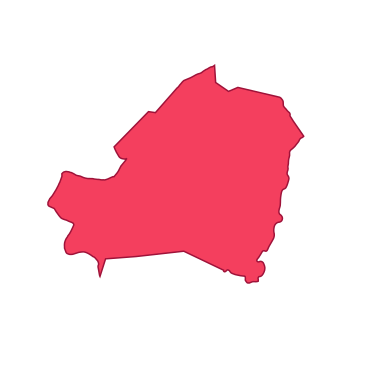 Camasca, Intibucá, Honduras, rotated 132°
{"feature_id": "27666195B75939641956291", "entity_name": "Camasca", "entity_type": "district", "adm_level": 2, "iso_a3": "HND", "parent_name": "Honduras", "parent_adm1": "Intibucá", "projection": "orthographic", "projection_center": [-88.382, 14.0], "detail": "fine", "context": "isolated", "style": "filled", "palette": "rose", "viewbox_px": 384, "rotation_deg": 132, "n_neighbors": 0, "source": "geoboundaries", "source_scale": "gbopen_adm2", "svg_char_len": 5946}
<svg xmlns="http://www.w3.org/2000/svg" viewBox="0 0 384 384"><g transform="rotate(132 192 192)"><path d="M75.8,146.3L71.5,164.4L70.5,167.8L70.2,169.1L69.7,170.3L68.5,171.2L67.9,172.5L67.9,174.6L67.8,175.9L67.5,177.4L67.4,178.9L67.2,180.4L66.9,181.5L66.4,182.2L64.0,184.6L63.7,185.0L63.2,186.0L63.0,187.0L62.7,188.5L62.8,189.3L62.9,190.2L83.6,227.9L92.8,232.2L94.8,247.7L82.8,260.0L83.9,260.2L84.3,260.3L84.8,260.5L85.4,260.8L86.4,261.6L86.8,261.8L88.4,262.4L90.3,262.9L91.7,263.6L94.6,264.4L96.9,264.8L97.7,265.1L98.6,265.5L100.3,266.6L101.4,267.1L102.3,267.5L105.3,268.5L108.0,269.5L113.7,272.2L114.6,272.6L115.3,272.7L116.5,272.8L119.4,272.7L120.7,272.7L122.6,272.5L123.4,272.5L124.7,272.7L157.5,272.3L161.4,278.1L210.6,280.1L211.7,277.9L213.0,274.8L214.4,270.4L214.6,269.6L214.7,268.9L214.6,268.4L214.5,267.6L214.2,266.7L213.9,266.1L212.2,263.5L212.0,263.4L211.8,263.3L211.6,263.3L211.4,263.3L211.2,263.2L211.2,262.8L211.5,262.7L213.0,262.5L219.7,262.2L220.2,262.2L225.8,260.7L226.4,260.6L228.0,260.4L232.7,260.2L232.9,260.2L233.0,260.3L233.2,260.7L233.5,261.0L235.4,261.9L238.7,263.3L239.6,263.8L240.6,264.4L241.1,264.7L241.7,265.2L241.9,265.5L242.2,265.9L242.4,266.2L243.0,266.7L243.3,267.1L243.8,267.7L244.5,268.9L244.9,269.5L245.9,270.7L246.9,272.1L247.8,273.4L248.5,274.7L250.8,277.4L251.7,278.4L252.4,279.5L253.0,280.5L253.4,281.3L253.8,282.1L254.3,283.6L254.9,285.4L255.2,286.0L255.6,286.7L256.1,287.5L256.4,288.0L257.0,289.2L257.2,289.9L257.4,291.3L257.6,292.1L258.0,293.7L258.2,294.3L258.4,294.8L258.6,295.2L258.9,295.6L259.1,295.8L259.1,296.0L259.2,296.5L259.3,296.8L260.1,298.0L260.9,299.2L261.2,299.5L261.6,299.8L262.4,300.3L263.1,300.7L263.5,300.8L264.4,300.9L265.0,300.9L265.6,300.9L266.3,300.1L266.9,299.6L267.2,299.3L267.7,299.0L273.1,296.8L274.7,296.4L276.7,295.7L278.7,295.2L281.0,294.6L283.2,294.2L284.8,293.9L286.5,293.6L288.1,293.3L292.1,293.2L296.0,292.1L296.5,291.7L297.2,291.1L297.8,290.6L298.0,290.1L298.2,289.6L298.2,288.9L298.1,288.4L296.6,283.8L296.5,283.5L296.5,283.2L296.7,282.4L297.1,281.1L297.5,279.8L298.4,275.7L298.7,274.1L298.8,273.2L298.9,272.5L298.9,271.9L298.8,271.1L298.5,270.1L297.9,268.5L296.9,266.4L296.7,265.7L296.1,263.7L295.2,261.4L295.0,260.8L294.7,259.6L294.8,259.4L294.9,259.2L294.9,258.8L295.0,258.5L295.2,258.2L295.4,258.0L295.5,257.9L295.8,257.7L298.6,256.8L301.6,255.9L302.7,255.6L305.1,255.1L306.1,255.0L307.6,254.9L308.9,254.5L310.1,254.4L311.2,254.2L312.5,253.8L313.9,253.2L315.1,252.6L316.3,251.7L316.8,251.3L318.1,250.0L319.0,249.2L319.2,248.9L319.8,247.7L320.9,245.7L321.2,244.9L321.3,244.4L321.3,243.8L321.1,243.1L320.8,242.4L320.5,241.6L320.0,240.9L319.4,240.2L318.5,239.3L317.5,238.6L312.7,235.8L312.3,235.5L311.0,234.4L309.9,233.4L309.2,232.7L308.7,232.0L308.2,231.1L307.7,229.9L307.4,229.0L307.1,228.0L306.9,227.1L306.6,225.5L306.4,224.1L306.3,222.6L306.0,221.7L305.8,220.8L305.8,220.3L305.8,219.8L306.1,217.7L306.3,216.0L306.5,215.5L306.9,214.7L307.5,213.8L307.9,213.3L308.2,213.1L308.6,212.8L309.3,212.6L309.6,212.4L310.2,212.0L310.7,211.5L312.6,209.0L315.2,205.7L316.0,204.6L316.3,203.9L299.5,211.5L277.5,190.5L241.5,158.5L229.0,116.2L229.3,115.9L229.6,115.6L229.7,115.1L229.6,114.7L229.4,114.3L228.9,114.0L228.4,113.9L227.5,113.7L226.7,113.7L226.4,113.7L226.1,113.5L225.9,113.2L225.7,112.8L225.6,112.4L225.5,111.7L225.5,111.3L225.7,110.6L225.8,110.1L225.9,109.3L225.9,108.7L225.6,107.6L224.6,105.0L224.2,104.2L221.9,100.2L221.2,99.2L220.0,97.5L219.5,96.8L219.3,96.4L219.3,96.1L219.3,95.9L219.5,95.6L220.4,94.6L221.4,93.8L221.8,93.4L222.0,93.1L222.2,92.3L222.4,91.3L222.5,90.5L222.5,90.1L222.4,89.9L222.1,89.5L221.9,89.2L221.5,88.8L221.1,88.4L220.2,88.0L218.9,87.4L218.4,87.1L217.9,86.8L217.1,85.9L216.0,84.6L215.6,84.2L214.9,83.6L214.0,83.1L213.1,83.8L211.9,85.2L211.4,85.5L211.0,85.6L210.6,85.7L210.1,85.6L209.9,85.4L209.4,85.0L209.1,84.8L208.6,84.5L208.2,84.4L207.7,84.3L207.2,84.2L205.8,84.3L205.1,84.4L204.1,84.7L203.1,85.0L202.2,85.4L201.5,85.7L200.8,86.2L200.1,86.7L199.6,87.1L198.8,88.1L198.3,88.8L197.9,89.6L197.5,90.3L197.2,91.1L196.9,91.8L196.9,92.3L196.9,92.8L197.0,93.4L197.2,93.9L197.4,94.3L197.7,94.7L198.1,95.0L198.5,95.3L199.1,95.5L199.3,95.7L199.6,96.0L199.8,96.4L199.9,97.0L199.9,97.3L199.8,97.6L199.5,98.1L199.2,98.3L198.9,98.4L198.6,98.5L197.8,98.6L195.8,98.7L194.8,98.9L192.9,99.2L190.4,99.7L189.3,99.9L188.7,99.9L188.4,99.8L188.1,99.7L187.8,99.5L187.5,99.3L187.2,98.8L187.0,98.1L186.8,97.9L186.7,97.7L186.4,97.4L186.1,97.2L185.7,97.1L185.4,97.1L185.1,97.1L184.2,97.3L182.1,98.0L181.1,98.3L179.3,98.7L175.5,99.5L172.5,100.2L171.8,100.4L171.1,100.7L170.0,101.3L169.4,101.7L168.8,102.2L168.0,103.0L167.2,104.1L166.6,104.8L165.9,105.5L165.1,106.2L164.1,106.9L163.1,107.5L162.1,108.0L161.3,108.3L160.5,108.4L159.8,108.5L159.0,108.4L158.2,108.3L157.5,108.0L156.9,107.7L156.4,107.3L155.8,106.8L155.4,106.6L154.8,106.3L154.3,106.2L153.7,106.1L153.1,106.2L152.5,106.3L151.9,106.6L151.4,106.9L150.8,107.4L150.5,107.9L150.1,108.5L149.9,109.2L149.8,109.8L149.7,110.3L149.8,111.6L149.8,112.1L149.6,112.6L149.4,113.1L149.1,113.6L148.7,114.1L148.2,114.5L147.4,115.1L146.4,115.7L143.9,116.9L142.9,117.5L142.0,118.2L140.4,119.5L138.2,121.4L136.2,122.9L134.1,124.3L133.1,124.9L132.2,125.4L131.3,125.8L130.7,126.0L130.2,126.1L129.7,126.1L129.2,126.0L128.7,125.9L127.7,125.4L127.1,125.2L126.4,125.1L125.6,125.2L123.6,125.8L121.7,126.6L119.4,127.7L117.5,128.7L117.0,129.1L116.8,129.3L116.3,130.0L115.9,130.7L115.6,131.9L115.4,132.6L114.9,133.4L114.3,134.0L113.7,134.4L113.1,134.7L112.4,135.1L111.6,135.4L111.0,135.8L110.2,136.4L109.3,137.5L108.8,137.9L106.5,139.3L105.7,140.0L104.2,141.2L103.2,141.9L102.5,142.3L100.5,143.4L99.7,143.8L98.8,144.6L97.5,145.8L97.2,146.1L96.8,146.3L95.9,146.6L95.4,146.7L94.8,146.7L94.1,146.6L92.1,146.3L90.8,146.2L89.2,146.1L86.8,146.3L84.7,146.4L83.5,146.5L82.8,146.6L81.9,146.9L81.2,147.1L80.7,147.2L80.2,147.2L79.6,147.2L79.1,147.1L77.9,146.6L77.3,146.4L76.6,146.3L75.8,146.3Z" fill="#f43f5e" stroke="#9f1239" stroke-width="1.5"/></g></svg>